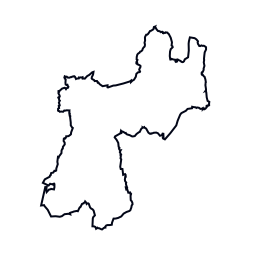 the district of Cobh Lea-6, Cork, Ireland, rotated 277°
{"feature_id": "5873133B90074174000916", "entity_name": "Cobh Lea-6", "entity_type": "district", "adm_level": 2, "iso_a3": "IRL", "parent_name": "Ireland", "parent_adm1": "Cork", "projection": "natural_earth1", "projection_center": [-8.365, 51.953], "detail": "fine", "context": "isolated", "style": "outline", "palette": "ink", "viewbox_px": 256, "rotation_deg": 277, "n_neighbors": 0, "source": "geoboundaries", "source_scale": "gbopen_adm2", "svg_char_len": 5811}
<svg xmlns="http://www.w3.org/2000/svg" viewBox="0 0 256 256"><g transform="rotate(277 128 128)"><path d="M155.4,189.1L156.9,189.1L156.7,190.8L156.8,192.2L156.5,193.0L156.6,193.5L156.4,193.6L156.8,194.2L156.7,196.0L155.8,197.5L156.2,199.1L156.7,199.7L156.0,199.8L156.9,200.3L156.2,200.2L156.4,200.5L156.1,200.7L156.3,200.9L156.0,201.0L155.9,201.6L157.0,202.9L156.5,203.1L157.1,202.9L158.6,203.7L159.3,203.2L159.6,203.3L160.1,204.3L159.9,204.9L160.3,205.6L160.6,205.8L161.5,205.5L163.9,205.5L164.6,203.7L168.0,202.4L172.7,201.4L174.1,200.7L174.4,200.7L174.3,200.9L174.7,200.8L174.5,200.5L175.1,200.8L176.0,200.7L180.0,199.6L181.9,199.6L182.0,199.9L182.0,199.6L182.3,199.5L182.9,199.7L185.6,198.9L188.1,197.8L188.6,196.9L189.8,195.8L189.6,195.8L189.7,195.1L190.5,194.5L192.0,194.4L192.4,194.6L192.8,195.4L195.0,196.0L196.2,195.8L199.0,196.3L202.4,195.2L204.9,195.3L205.7,195.0L209.5,194.9L212.5,194.9L215.4,195.9L217.7,195.6L218.4,194.4L218.9,193.2L218.6,192.0L218.9,190.7L218.1,189.7L218.1,188.7L218.7,188.4L219.7,187.4L221.3,186.7L222.6,186.9L224.3,185.1L225.3,183.2L225.5,178.4L221.6,177.9L219.1,177.9L212.3,178.9L205.5,179.0L203.1,176.0L201.2,175.5L200.3,174.8L200.0,174.0L200.2,172.9L201.0,172.0L201.2,171.0L202.1,168.9L202.0,168.5L200.0,168.6L199.4,167.5L199.8,167.0L201.5,166.6L201.5,164.9L201.9,162.8L201.4,162.7L201.1,161.7L201.5,161.5L204.5,160.7L209.0,160.4L211.5,160.8L213.6,162.5L214.5,162.2L215.2,161.2L218.4,161.2L222.8,159.4L226.3,157.0L226.9,155.9L227.5,155.5L227.5,153.6L227.0,153.4L227.0,152.9L226.3,151.7L226.4,151.2L227.2,151.2L227.7,150.5L227.2,149.1L227.5,149.0L227.7,147.7L228.0,147.1L227.9,146.0L229.4,144.3L231.0,143.2L230.8,142.9L231.4,142.1L231.9,142.3L231.4,141.4L229.1,141.2L227.3,139.0L227.0,138.1L223.9,136.5L223.0,135.7L222.8,134.7L220.7,133.9L219.7,133.8L216.9,134.3L214.5,134.0L213.3,134.6L211.5,134.7L210.6,134.4L209.9,133.7L208.5,133.0L206.9,132.7L205.8,131.8L205.2,130.7L204.2,130.3L203.0,128.9L202.0,128.3L199.6,128.0L197.2,128.2L196.7,129.1L194.4,128.3L193.6,128.4L193.8,128.9L193.2,128.9L193.2,129.4L192.4,129.5L191.7,132.0L191.0,132.9L189.4,132.8L188.7,132.3L187.3,132.0L185.4,133.1L184.9,132.8L184.5,131.2L182.8,129.7L179.8,129.5L176.7,128.1L175.4,126.5L174.0,125.4L175.4,125.2L174.4,124.1L171.6,117.9L168.8,110.7L168.3,108.2L165.8,103.2L165.9,102.7L167.9,102.5L166.4,97.7L168.0,94.6L169.6,93.0L169.3,92.4L170.8,91.6L170.8,90.4L170.5,89.2L171.5,88.4L172.2,86.5L172.8,85.9L174.1,85.9L176.7,86.8L179.5,86.9L178.9,85.7L176.0,83.1L174.5,81.1L171.7,79.1L171.8,78.5L171.5,77.0L172.9,76.7L172.4,75.7L172.5,74.9L172.1,74.0L172.2,73.2L171.2,73.1L170.8,71.1L170.3,70.4L172.4,69.1L172.6,68.8L172.5,68.3L172.8,68.1L172.2,66.4L171.6,65.7L171.6,65.1L170.8,63.7L170.7,62.1L171.5,60.9L171.2,60.2L171.6,58.9L170.3,58.7L169.7,59.3L169.3,59.3L168.8,60.2L165.3,60.4L163.6,60.8L163.1,61.9L163.5,62.6L161.8,63.5L161.6,63.8L160.6,63.5L160.1,62.3L159.0,61.7L160.1,60.7L160.2,60.2L159.1,57.8L156.5,55.5L155.8,55.3L156.3,54.8L156.2,54.5L153.8,54.8L152.0,56.1L151.0,56.4L150.5,56.2L150.1,55.3L149.6,55.1L149.2,55.9L147.4,56.2L146.9,57.0L144.7,56.3L142.2,57.5L141.9,57.4L141.6,56.6L139.3,57.2L138.7,56.3L136.9,56.4L136.4,56.8L136.4,57.7L135.8,58.3L136.2,59.7L136.2,61.6L137.6,62.6L137.5,63.3L138.1,65.0L138.3,67.7L137.6,67.6L136.8,68.0L136.0,67.8L134.6,68.2L134.7,68.5L133.1,68.6L132.9,69.2L132.5,69.3L132.2,69.1L126.5,70.5L123.6,70.9L121.3,72.8L121.2,73.2L116.8,72.1L114.8,72.1L114.3,71.7L112.7,70.0L112.2,67.7L111.7,67.8L109.9,67.0L109.6,66.2L109.9,65.9L109.5,65.6L107.2,65.7L105.8,66.9L104.0,67.2L101.4,65.7L99.6,65.8L99.0,65.2L97.5,64.8L94.9,65.0L91.4,63.0L90.4,62.8L90.7,62.0L85.8,62.0L83.6,62.7L79.1,61.8L77.0,61.9L76.5,61.3L76.6,60.2L74.7,59.3L73.9,57.2L71.7,57.0L71.4,56.4L70.1,56.2L66.9,51.7L63.2,50.2L61.2,56.2L63.1,57.5L62.9,57.9L63.0,59.4L62.8,60.0L63.1,60.0L63.8,61.4L63.4,61.8L60.4,62.2L58.0,62.0L58.2,59.1L57.9,58.9L57.2,57.0L54.5,55.1L57.1,54.4L59.6,54.5L59.3,54.2L59.4,53.7L58.2,53.2L58.4,53.0L40.5,51.2L41.2,54.1L40.4,54.6L37.0,58.3L30.8,62.4L31.6,66.9L31.6,71.1L32.4,73.1L34.7,75.5L35.5,78.8L35.6,80.1L35.3,81.2L36.6,80.7L37.3,81.9L37.7,83.0L38.5,84.4L39.4,87.1L39.3,88.4L42.2,89.3L43.4,89.8L43.6,90.4L47.0,91.6L47.8,93.1L48.1,93.1L48.9,94.1L49.9,94.4L49.0,95.4L47.6,96.2L48.1,96.6L48.4,97.5L48.0,98.3L44.6,100.0L43.6,101.1L43.0,102.7L41.9,103.9L37.3,105.8L35.2,104.3L33.9,104.1L26.1,104.7L26.2,106.3L25.8,107.7L24.1,108.6L25.3,109.8L24.9,110.3L25.0,111.5L24.2,114.0L24.2,114.7L25.9,116.2L26.4,117.7L27.2,117.4L28.6,118.3L29.2,119.6L29.4,121.6L30.0,123.7L32.1,123.7L36.3,124.7L36.6,126.7L37.5,129.1L39.4,132.1L42.5,134.1L44.5,136.8L45.7,139.3L46.6,140.3L49.5,141.0L51.6,141.1L52.8,141.8L54.2,141.5L55.8,140.6L56.6,139.6L57.4,139.4L61.0,138.8L63.0,139.1L63.3,138.8L63.1,138.7L63.2,138.1L64.3,137.8L63.8,136.2L67.1,134.7L66.7,133.8L68.9,133.0L69.1,134.2L71.5,133.0L72.6,132.7L73.6,132.9L74.8,131.7L76.2,131.2L79.3,131.2L79.4,131.7L81.3,131.3L81.9,130.7L80.9,128.9L86.6,127.5L86.4,125.8L88.6,125.0L96.1,125.1L96.9,124.3L99.3,124.3L100.2,123.8L100.7,124.4L103.1,122.8L104.8,123.4L104.6,122.9L106.3,121.6L107.2,122.0L108.2,121.0L112.1,120.1L114.9,118.1L117.1,115.9L118.1,116.2L121.6,120.9L122.2,122.1L122.4,122.1L122.5,121.2L124.4,121.4L124.1,121.7L123.6,123.8L122.6,125.9L122.8,126.4L122.2,126.7L121.5,127.9L121.1,130.6L120.2,132.9L120.2,133.8L120.8,135.7L123.1,137.2L125.1,139.3L125.5,140.1L128.4,141.1L129.3,141.6L130.0,142.6L130.4,142.5L130.2,142.9L130.8,143.9L130.3,144.0L130.1,145.2L129.6,146.1L125.9,148.8L125.0,150.3L125.0,151.4L125.2,151.8L125.5,151.8L125.7,152.9L126.4,154.1L126.9,156.6L126.4,158.4L124.2,160.7L124.7,161.8L124.7,162.4L126.6,163.0L126.6,163.8L123.0,164.4L123.1,164.0L122.5,163.7L121.8,164.2L121.2,166.0L127.8,170.5L136.4,175.6L141.3,176.4L147.7,178.2L149.3,179.2L152.1,183.3L154.2,184.8L155.4,189.1Z" fill="none" stroke="#020617" stroke-width="2"/></g></svg>